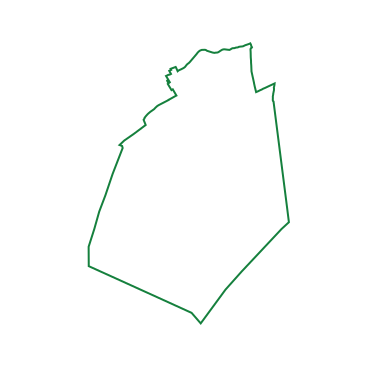 San Agustín de las Juntas, Oaxaca, Mexico (Equal Earth projection), rotated 59°
{"feature_id": "50627088B60730014826976", "entity_name": "San Agustín de las Juntas", "entity_type": "district", "adm_level": 2, "iso_a3": "MEX", "parent_name": "Mexico", "parent_adm1": "Oaxaca", "projection": "equal_earth", "projection_center": [-96.708, 16.991], "detail": "fine", "context": "isolated", "style": "outline", "palette": "green", "viewbox_px": 384, "rotation_deg": 59, "n_neighbors": 0, "source": "geoboundaries", "source_scale": "gbopen_adm2", "svg_char_len": 2140}
<svg xmlns="http://www.w3.org/2000/svg" viewBox="0 0 384 384"><g transform="rotate(59 192 192)"><path d="M202.4,318.7L254.7,282.6L295.4,254.6L309.1,252.2L292.9,213.5L285.7,190.3L269.8,134.2L267.8,124.5L254.7,118.7L156.4,75.5L156.0,75.6L155.7,75.7L155.3,75.6L154.8,75.4L153.1,74.3L151.7,73.5L151.6,73.4L150.0,72.0L149.5,71.7L148.7,70.9L148.3,70.6L147.8,70.1L147.4,69.7L146.9,69.3L146.3,68.9L145.3,68.3L144.8,68.2L143.3,66.7L142.2,65.8L141.5,65.3L140.7,72.9L140.4,76.0L140.1,77.8L140.1,79.5L139.9,80.8L139.8,81.7L139.7,83.4L139.6,84.0L139.4,85.6L133.9,83.9L130.7,82.8L129.8,82.4L129.6,82.4L128.2,81.9L127.0,81.5L125.9,81.1L125.5,81.0L119.3,78.9L114.0,76.0L113.0,75.5L111.6,74.8L109.9,73.8L106.9,72.3L102.5,69.8L101.2,69.1L100.2,68.6L99.5,68.1L99.4,67.7L99.1,67.4L99.1,66.6L98.8,66.0L98.6,66.0L98.1,66.2L96.1,65.6L94.6,65.5L94.5,66.7L93.9,69.5L93.6,70.8L93.4,73.2L92.9,74.4L92.3,75.6L92.1,76.1L91.7,77.1L91.7,77.9L91.5,78.6L91.1,79.4L90.8,80.1L90.6,81.4L89.7,83.1L89.5,84.2L89.6,85.4L89.5,86.7L87.9,88.8L86.7,90.3L86.1,91.2L85.6,92.7L85.6,95.2L85.7,96.4L85.7,97.6L85.5,98.5L84.8,99.8L84.3,101.1L83.1,102.5L78.7,106.4L77.6,106.9L76.8,107.6L76.4,108.3L75.2,110.5L74.9,112.5L75.1,114.1L75.6,115.8L76.0,116.7L79.3,126.4L79.4,126.7L79.8,128.2L80.0,130.2L80.4,131.5L81.2,133.5L81.4,135.3L81.2,138.3L81.0,139.7L80.9,140.7L81.1,142.1L80.4,142.0L77.0,141.6L76.4,141.6L76.1,143.3L75.4,146.9L76.6,147.0L76.5,147.9L76.4,148.7L76.4,149.1L80.0,149.2L80.0,149.6L80.0,150.0L79.9,150.5L79.7,151.2L79.5,151.6L79.4,152.0L79.4,152.4L79.3,152.8L79.3,153.7L79.2,154.5L80.5,154.5L86.5,154.5L86.6,155.4L83.6,155.3L83.8,156.0L86.7,156.2L86.9,157.1L87.0,157.1L88.4,157.1L88.6,157.1L90.4,157.1L92.7,157.1L94.1,157.1L94.1,155.6L101.3,155.7L101.2,157.0L101.1,160.8L101.0,163.9L100.9,164.5L101.1,164.6L100.4,175.4L100.4,177.4L100.9,179.9L101.5,181.9L101.5,182.4L101.6,183.6L101.8,186.4L102.2,188.9L102.5,190.2L103.0,191.8L103.3,192.7L104.0,194.5L104.4,194.7L105.2,196.3L110.7,197.2L112.2,211.7L113.0,223.6L114.4,229.9L116.6,228.2L118.6,228.8L135.6,250.7L150.2,267.9L161.0,281.6L173.3,294.7L185.7,308.8L202.4,318.7Z" fill="none" stroke="#15803d" stroke-width="2"/></g></svg>